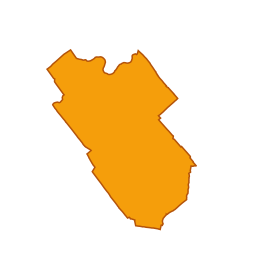 the district of Strejesti, Olt, Romania, rotated 229°
{"feature_id": "2599482B96898604937007", "entity_name": "Strejesti", "entity_type": "district", "adm_level": 2, "iso_a3": "ROU", "parent_name": "Romania", "parent_adm1": "Olt", "projection": "albers", "projection_center": [24.239, 44.525], "detail": "fine", "context": "isolated", "style": "filled", "palette": "amber", "viewbox_px": 256, "rotation_deg": 229, "n_neighbors": 0, "source": "geoboundaries", "source_scale": "gbopen_adm2", "svg_char_len": 5629}
<svg xmlns="http://www.w3.org/2000/svg" viewBox="0 0 256 256"><g transform="rotate(229 128 128)"><path d="M179.7,186.5L178.7,185.0L178.1,184.0L177.9,183.5L177.9,183.1L177.8,182.7L178.0,182.5L178.5,182.5L179.0,182.3L179.2,182.0L180.0,180.0L180.0,179.0L179.8,178.6L179.5,178.3L178.9,177.7L178.5,177.5L177.7,176.8L177.1,175.8L176.4,174.6L176.1,173.7L176.1,173.0L176.2,172.4L176.5,171.5L176.9,170.8L177.3,170.1L178.0,169.5L179.0,168.8L179.9,168.0L180.3,167.4L180.5,166.5L180.7,166.0L180.8,165.4L180.7,165.1L180.8,164.9L181.0,164.4L181.2,164.0L181.3,163.3L181.3,162.5L181.1,161.9L181.1,161.6L181.0,161.3L180.9,160.9L180.9,160.5L180.8,160.0L180.7,159.7L180.4,159.2L180.2,158.4L180.0,157.6L179.8,156.6L179.8,156.1L179.8,155.6L179.7,155.3L179.3,154.7L179.1,154.0L179.1,153.1L179.1,152.3L179.2,151.9L179.5,150.9L180.1,149.7L180.8,148.8L181.5,148.2L182.0,148.1L182.6,148.0L183.3,147.6L184.1,147.1L184.9,146.6L185.8,146.5L187.1,146.8L188.2,147.2L188.9,147.9L189.5,148.8L189.9,149.9L190.4,150.9L191.1,152.0L191.8,153.0L192.2,153.8L192.6,154.2L193.2,154.6L194.4,155.2L194.9,155.3L196.3,155.3L197.8,155.1L198.9,154.6L199.7,154.0L201.0,152.1L202.2,150.9L202.8,149.6L202.6,148.7L202.6,147.9L202.8,146.3L203.1,145.1L203.2,144.2L203.4,143.7L203.8,142.9L204.4,141.9L205.2,141.1L206.0,140.9L206.7,140.9L207.1,140.9L207.7,140.3L207.8,139.8L208.6,138.7L210.4,137.7L211.7,136.5L213.1,135.6L213.9,135.0L214.3,135.0L214.8,134.8L224.6,135.9L225.7,127.9L225.5,117.5L225.6,113.2L225.2,110.1L225.4,106.5L225.5,105.5L221.2,105.1L215.0,104.5L214.5,104.4L214.0,104.5L213.5,104.7L213.1,104.9L212.6,104.3L211.2,103.0L210.9,102.9L210.4,102.8L209.9,102.8L208.6,102.6L198.0,101.7L195.8,101.5L195.0,101.5L195.0,100.8L195.0,100.2L195.0,99.8L194.2,98.5L194.0,98.2L193.8,98.1L193.4,97.9L192.9,97.7L192.6,97.5L192.4,97.2L192.1,95.2L192.0,94.5L191.9,93.9L192.0,93.4L192.2,92.8L192.6,92.5L193.1,92.2L193.6,91.9L194.0,91.5L194.4,90.7L194.8,90.0L195.2,89.0L195.3,88.4L195.4,88.0L195.3,87.5L195.2,87.1L194.9,86.4L190.8,85.8L189.6,85.8L188.7,85.8L187.1,85.5L184.3,85.4L182.6,85.4L177.7,85.2L175.5,85.2L174.4,85.1L173.7,85.1L173.4,84.9L173.2,84.9L172.4,85.0L163.1,84.6L156.8,84.2L155.9,84.2L154.4,84.0L151.8,83.9L151.7,84.0L148.6,83.8L147.9,83.8L146.5,83.7L145.7,83.5L144.8,83.4L143.8,83.4L143.0,83.5L142.6,83.4L142.1,83.5L141.0,83.7L140.7,83.9L140.3,84.0L138.0,84.7L137.0,85.1L136.0,85.4L135.2,85.4L135.3,80.0L135.0,80.0L134.6,80.0L134.5,79.9L133.3,79.6L132.3,79.4L130.8,78.9L129.0,78.6L128.1,78.3L127.8,78.3L127.1,78.2L125.3,77.8L123.8,77.6L123.0,77.4L121.9,77.4L121.4,77.4L120.8,77.4L120.5,77.3L120.1,77.3L119.9,76.8L118.5,72.4L116.7,72.2L108.7,71.6L103.7,71.3L97.7,70.7L93.9,70.5L92.2,70.5L89.8,70.2L87.8,69.8L87.6,69.7L86.9,69.7L84.9,69.6L80.1,69.4L77.4,69.2L76.4,69.1L76.0,69.0L75.8,69.0L74.3,69.0L74.1,68.9L73.6,68.7L72.6,68.8L71.1,68.8L69.4,68.9L67.7,68.9L66.0,68.8L65.3,68.8L65.0,68.7L64.1,68.7L63.0,68.7L62.2,68.7L61.0,68.6L60.2,68.7L59.9,70.3L58.6,70.5L58.4,70.4L58.1,70.2L57.9,70.2L57.9,70.4L56.0,71.7L54.6,72.5L54.3,72.6L54.0,72.8L53.9,72.7L53.8,72.4L53.7,72.2L49.2,69.7L48.6,70.2L48.1,70.6L47.3,71.3L46.6,72.0L45.9,72.6L44.9,73.4L43.7,74.3L43.5,74.6L43.2,75.0L42.7,75.4L42.4,75.7L41.9,76.0L40.7,77.0L40.0,77.7L38.9,78.7L37.9,79.6L36.8,80.5L35.9,81.5L34.9,82.3L31.8,84.8L31.6,84.8L30.5,85.6L30.3,85.7L31.3,87.1L31.5,87.4L32.9,89.3L32.7,89.6L32.0,90.0L32.3,90.6L32.4,90.9L32.5,91.1L32.6,91.6L33.2,91.7L34.4,92.4L35.2,92.9L35.5,93.3L36.4,94.8L36.6,95.1L36.7,95.4L36.8,95.7L36.8,96.2L36.9,96.7L37.0,97.0L37.1,97.6L37.2,98.5L37.2,98.9L37.2,99.1L37.4,99.8L37.6,100.2L37.7,100.3L37.3,100.3L37.2,100.8L37.1,101.1L37.1,102.1L37.0,103.5L36.9,104.3L36.6,105.4L36.5,106.1L35.9,107.9L35.9,109.0L35.7,109.9L35.7,112.5L35.8,115.3L35.8,118.2L35.8,119.1L35.8,119.8L35.7,121.3L35.7,121.7L35.6,123.2L35.5,124.3L35.5,124.9L35.5,125.3L35.9,125.5L36.2,125.8L36.6,126.2L36.7,126.4L37.0,126.7L37.5,127.0L38.0,127.4L38.5,127.9L38.7,128.3L39.0,128.7L39.2,129.4L39.2,129.9L39.3,130.2L39.5,130.2L39.8,130.8L40.0,131.0L40.8,131.8L41.8,132.6L42.3,133.1L43.0,134.3L43.4,134.8L43.7,135.0L44.8,135.8L45.2,135.9L45.4,136.1L45.6,136.2L46.1,136.9L46.7,137.9L47.0,138.4L47.9,139.0L48.2,139.4L48.9,139.9L49.4,140.4L49.9,141.0L50.3,141.2L50.5,141.3L50.7,141.5L50.8,142.0L51.0,142.3L51.2,142.5L52.1,143.2L52.5,143.5L53.1,143.7L53.3,143.8L53.6,143.9L53.9,144.1L53.6,146.2L54.3,146.7L54.9,147.0L55.2,147.3L55.6,147.8L57.9,150.6L57.6,150.9L56.6,151.8L56.2,152.5L56.1,153.0L55.8,153.3L55.5,153.7L55.2,154.1L54.8,154.4L54.9,154.7L59.6,154.7L59.8,155.1L64.8,155.2L64.9,155.4L64.9,155.6L64.9,155.8L65.1,156.0L65.5,156.2L65.7,156.4L78.9,156.3L78.9,155.5L89.2,155.5L90.2,154.9L90.5,154.9L90.9,155.4L91.1,155.7L91.9,156.7L92.2,156.9L92.7,156.9L92.9,156.7L93.7,156.7L96.0,156.7L97.4,156.7L99.7,156.7L99.9,156.6L100.3,156.6L109.5,156.5L114.1,156.5L114.1,156.9L114.1,158.0L114.1,158.9L114.1,159.1L116.6,159.0L116.8,159.2L117.3,159.1L117.3,159.3L117.2,159.4L117.2,159.5L117.1,160.8L117.1,161.8L117.1,164.7L117.1,165.6L117.2,166.3L117.2,166.6L117.3,168.1L117.3,169.1L117.4,169.5L117.5,172.0L117.5,173.3L117.4,173.7L117.5,174.4L117.5,175.8L117.5,179.3L117.6,181.3L117.5,182.2L117.6,184.2L117.7,184.9L119.9,184.9L123.3,184.9L123.3,185.0L124.1,185.0L128.0,184.9L131.5,184.8L132.0,184.9L132.4,184.6L132.8,184.5L133.2,184.4L134.2,184.2L134.7,184.2L134.7,184.6L138.3,184.6L138.9,184.5L139.3,184.6L140.7,184.7L141.4,184.7L141.7,184.7L144.8,184.6L145.7,184.7L146.7,184.7L148.3,184.9L148.2,185.0L151.7,185.5L151.8,185.6L151.9,185.8L152.4,185.8L153.9,185.9L156.7,186.3L161.4,186.8L162.4,187.1L167.1,187.3L168.1,187.4L170.7,187.2L173.4,187.2L178.4,186.6L179.7,186.5Z" fill="#f59e0b" stroke="#b45309" stroke-width="1.5"/></g></svg>